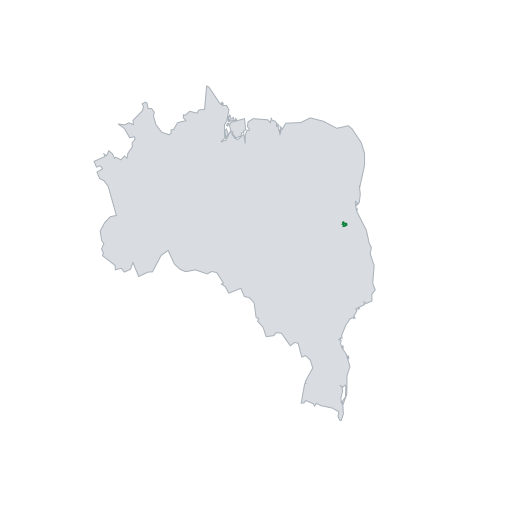 location of Aracatu, Bahia, Brazil, rotated 337°
{"feature_id": "56859067B11961587384233", "entity_name": "Aracatu", "entity_type": "district", "adm_level": 2, "iso_a3": "BRA", "parent_name": "Brazil", "parent_adm1": "Bahia", "projection": "equal_earth", "projection_center": [-41.359, -14.328], "detail": "fine", "context": "in_parent", "style": "filled", "palette": "green", "viewbox_px": 512, "rotation_deg": 337, "n_neighbors": 0, "source": "geoboundaries", "source_scale": "gbopen_adm2", "svg_char_len": 4581}
<svg xmlns="http://www.w3.org/2000/svg" viewBox="0 0 512 512"><g transform="rotate(337 256 256)"><path d="M165.4,110.3L169.2,114.7L174.0,112.6L175.5,115.5L178.2,111.4L184.7,107.3L186.2,103.4L190.4,101.2L190.7,98.7L185.9,97.8L184.7,87.3L180.7,80.6L186.2,83.9L191.2,83.8L194.6,87.2L195.7,83.1L208.1,78.0L210.8,74.6L210.7,71.4L214.4,71.2L215.4,72.7L214.3,78.1L217.5,79.5L218.5,83.9L216.3,87.3L215.2,96.0L217.6,105.2L223.4,110.5L225.9,109.7L227.1,106.7L229.4,107.4L236.0,102.6L244.3,104.1L243.1,100.2L244.4,97.6L246.0,98.8L251.5,96.9L257.6,101.5L260.2,99.3L266.0,100.9L277.0,80.2L278.7,82.3L282.3,101.4L284.2,104.4L287.8,106.0L288.2,110.9L282.0,120.0L278.2,123.0L273.1,135.5L268.2,137.3L273.4,137.7L281.0,131.3L282.5,139.4L284.6,141.8L292.4,139.1L290.1,148.1L293.2,140.9L296.8,136.7L298.6,137.9L299.4,136.6L298.7,133.4L301.1,129.4L307.2,128.5L320.3,135.4L321.2,138.9L323.1,136.5L326.1,139.2L327.0,142.2L325.4,144.3L326.1,145.3L327.7,143.3L328.1,145.2L326.6,147.3L325.6,153.4L327.7,150.9L329.2,146.3L329.5,149.6L335.3,145.4L349.1,150.6L360.0,150.1L370.8,158.4L380.2,170.0L391.9,172.2L394.1,176.4L397.2,193.1L396.0,204.0L391.4,214.9L378.6,232.9L378.6,231.5L376.2,239.7L372.2,246.8L370.4,247.9L369.0,244.7L367.9,246.3L366.2,254.0L367.6,275.8L365.2,288.3L365.5,293.3L362.0,298.5L361.0,311.0L352.8,326.7L352.5,333.8L347.5,336.7L345.2,342.7L338.8,342.8L337.5,340.6L337.0,343.1L327.2,343.7L327.6,345.7L321.5,350.6L318.0,350.6L311.8,354.6L304.2,362.1L302.8,365.6L301.4,364.2L300.9,365.8L299.1,365.1L301.4,367.2L299.6,369.5L299.2,373.4L300.7,381.9L299.3,394.5L293.0,401.7L285.6,418.7L278.4,426.4L278.2,423.8L283.3,420.7L287.7,411.4L287.8,409.7L284.7,410.7L282.7,407.7L283.8,410.7L283.0,414.2L278.6,419.9L277.3,424.3L277.8,426.9L274.7,435.5L270.2,440.8L269.0,440.0L268.8,435.8L271.4,431.9L266.9,425.9L257.0,418.9L254.0,415.1L251.4,417.1L251.0,414.4L245.3,408.4L242.8,410.0L240.1,409.1L250.9,392.6L252.3,392.7L252.0,391.1L264.5,381.2L265.3,373.0L262.7,367.1L258.6,367.0L260.7,352.9L257.9,350.7L252.5,352.0L249.3,337.1L244.7,334.5L241.3,336.3L233.9,334.2L234.6,324.4L232.0,316.6L234.0,314.8L232.1,312.6L236.0,298.1L233.4,291.5L229.4,288.8L229.5,279.8L216.5,279.6L215.7,272.1L213.2,268.4L215.4,268.3L213.4,255.9L209.2,253.0L204.1,253.4L194.8,245.1L185.0,242.9L180.8,238.4L177.7,231.4L177.3,216.6L168.9,218.4L154.5,230.1L150.1,228.6L140.0,229.1L140.2,213.9L135.4,219.1L128.6,219.4L127.1,214.7L121.1,213.7L122.6,209.6L114.8,195.7L116.8,193.3L116.4,189.4L120.8,185.1L120.0,181.6L122.3,172.1L129.8,166.1L137.3,162.9L143.3,164.1L147.2,133.8L145.4,127.2L142.3,123.6L142.4,116.6L148.9,115.8L147.8,112.0L143.9,111.9L143.9,105.6L156.0,105.4L155.9,102.8L157.8,105.2L161.7,101.6L163.7,105.6L163.9,110.7L165.4,110.3ZM285.7,123.3L299.1,125.1L295.9,135.7L293.4,136.0L293.0,137.8L291.0,136.9L288.9,139.6L283.8,139.6L282.0,134.3L283.3,133.0L281.7,131.0L282.8,124.9L285.7,123.3ZM274.2,136.2L276.3,128.5L278.4,127.5L278.2,132.2L274.2,136.2ZM289.3,119.6L288.1,122.4L285.0,121.8L285.5,119.9L289.3,119.6ZM284.8,116.4L284.2,122.3L282.9,121.7L284.8,116.4ZM291.5,123.3L289.6,123.6L288.7,123.1L291.0,121.4L291.5,123.3ZM282.7,123.5L280.8,125.4L279.9,124.4L281.4,122.7L282.7,123.5ZM286.3,118.4L285.4,117.2L287.0,116.0L287.2,117.1L286.3,118.4ZM285.3,103.3L284.2,103.6L283.9,101.5L285.0,101.3L285.3,103.3ZM301.3,387.1L300.8,385.4L301.7,383.8L301.9,384.3L301.3,387.1ZM322.6,349.9L322.9,351.9L321.6,351.5L322.6,349.9ZM300.3,374.6L299.7,373.6L300.6,372.5L300.9,373.0L300.3,374.6ZM327.4,149.6L326.5,151.8L327.4,148.7L327.4,149.6ZM369.7,248.2L368.3,248.8L369.2,247.2L369.7,248.2ZM330.7,344.5L329.4,345.1L329.1,344.7L329.9,343.8L330.7,344.5ZM367.5,252.2L367.0,253.3L366.6,252.6L367.5,252.2ZM323.8,134.6L323.9,135.8L323.5,135.6L323.8,134.6Z" fill="#d9dde1" stroke="#a8b0b8" stroke-width="1"/><path d="M349.8,258.9L349.7,258.9L349.5,259.0L349.4,259.0L349.2,259.2L349.2,259.3L349.0,259.5L349.0,259.4L349.0,259.5L348.9,259.6L348.8,259.8L348.7,259.8L348.7,260.0L348.6,260.3L348.6,260.5L348.5,260.8L348.4,260.8L348.5,260.9L348.5,261.0L348.5,261.3L348.5,261.5L348.5,261.8L348.5,262.0L348.5,262.3L348.5,262.5L348.1,262.8L349.4,263.2L349.6,263.2L349.8,263.0L350.0,263.0L350.0,262.9L350.2,262.7L350.2,262.8L350.3,262.8L350.5,262.8L350.5,262.7L350.8,262.7L350.8,262.8L351.0,262.9L351.0,262.7L351.3,262.5L351.5,262.6L351.6,262.4L351.6,262.2L351.8,262.2L351.9,261.9L352.0,261.9L352.0,261.7L351.9,261.5L351.8,261.4L351.7,261.4L351.0,261.0L350.9,260.9L350.6,260.7L350.4,260.6L350.0,260.5L349.7,260.4L349.7,260.2L349.9,259.4L349.9,259.2L349.7,259.0L349.8,259.0L349.8,258.9L349.8,258.9Z" fill="#22c55e" stroke="#15803d" stroke-width="1.5"/></g></svg>